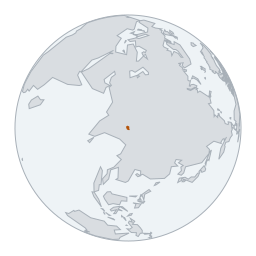 Lumbini highlighted on a globe, orthographic projection, rotated 64°
{"feature_id": "NPL-1127", "entity_name": "Lumbini", "entity_type": "Administrative Zone", "adm_level": 1, "iso_a3": "NPL", "parent_name": "Nepal", "parent_adm1": "", "projection": "orthographic", "projection_center": [83.543, 27.795], "detail": "fine", "context": "on_globe", "style": "filled", "palette": "amber", "viewbox_px": 256, "rotation_deg": 64, "n_neighbors": 0, "source": "natural_earth", "source_scale": "10m", "svg_char_len": 10861}
<svg xmlns="http://www.w3.org/2000/svg" viewBox="0 0 256 256"><g transform="rotate(64 128 128)"><circle cx="128" cy="128" r="113" fill="#eef3f6" stroke="#a8b0b8"/><path d="M164.4,21.4L170.4,24.7L175.5,27.1L171.9,25.8L183.6,31.6L188.9,35.7L181.0,30.4L178.7,29.3L181.3,31.6L179.5,31.1L179.7,32.0L177.3,31.3L172.9,28.6L171.2,28.2L173.2,29.8L172.0,30.4L169.4,28.0L167.1,28.9L159.2,25.2L154.1,20.6L147.8,19.1L137.3,16.3L136.3,16.5L131.7,15.9L128.9,16.1L127.7,15.8L126.4,16.2L128.0,16.4L128.0,16.7L126.4,16.9L124.7,16.5L125.2,16.4L123.9,16.4L123.7,16.1L123.0,16.4L121.1,16.0L120.7,16.7L117.2,16.7L116.6,16.5L119.7,16.0L124.5,15.4L132.7,15.5L140.7,16.1L148.8,17.3L156.7,19.1L164.4,21.4ZM110.3,16.8L111.5,16.6L108.0,17.2L103.4,18.1L101.8,18.4L110.3,16.8ZM99.2,19.1L98.6,19.3L94.4,20.5L99.2,19.1ZM179.5,29.1L177.9,28.0L180.1,29.3L179.5,29.1ZM180.2,32.2L181.2,32.8L180.9,33.0L180.2,32.2ZM113.3,16.3L112.5,16.5L112.5,16.4L113.3,16.3ZM115.1,16.1L115.8,16.0L116.8,15.9L116.3,16.0L115.1,16.1ZM177.0,32.3L176.1,32.7L176.2,31.8L177.0,32.3ZM114.0,16.3L118.3,15.8L119.9,15.7L119.5,15.9L114.0,16.3ZM175.1,32.7L173.2,34.0L175.3,35.2L168.2,32.9L172.2,32.3L172.0,30.9L173.4,32.1L175.1,32.7ZM129.2,16.4L127.4,16.2L130.3,16.3L129.2,16.4ZM131.0,16.5L140.0,16.9L141.8,17.6L138.4,17.2L141.9,18.2L138.4,18.3L135.7,17.8L135.2,17.2L134.2,17.7L131.0,16.5ZM164.5,31.5L163.4,31.6L163.7,31.0L164.5,31.5ZM128.2,16.9L129.8,16.8L131.5,17.4L128.5,17.6L128.9,17.4L128.2,16.9ZM144.5,18.5L145.2,19.1L142.6,19.3L142.5,19.6L138.5,18.4L144.5,18.5ZM127.8,17.3L127.0,17.8L124.8,17.8L126.7,17.0L127.8,17.3ZM133.2,17.5L133.8,17.8L132.5,17.7L133.2,17.5ZM116.5,18.2L118.4,17.9L119.5,18.2L116.5,18.2ZM126.8,18.0L127.6,18.0L128.2,18.1L127.2,18.5L126.8,18.0ZM136.9,18.7L135.6,18.7L138.4,19.2L136.6,19.5L134.2,18.7L134.4,19.2L133.8,19.3L132.5,18.5L136.9,18.7ZM128.1,19.2L124.5,18.5L120.7,18.9L119.6,18.7L125.9,18.1L128.1,19.2ZM130.8,18.8L128.9,19.0L128.6,18.5L129.7,18.1L130.8,18.8ZM136.1,20.1L139.6,19.8L140.0,20.0L136.1,20.1ZM127.1,19.4L128.0,19.5L126.8,19.4L127.1,19.4ZM133.4,19.9L134.6,19.7L135.0,20.0L133.4,19.9ZM128.8,20.1L127.6,19.8L128.4,19.5L128.8,20.1ZM131.0,20.1L131.3,20.5L129.3,19.6L131.4,19.9L131.0,20.1ZM133.6,20.2L134.3,20.2L133.1,20.2L133.6,20.2ZM126.8,21.6L124.2,20.5L125.7,19.8L128.1,20.8L126.8,21.6ZM22.4,88.9L22.5,88.6L25.2,82.0L36.6,70.2L36.2,73.8L41.9,79.0L42.1,80.8L38.4,85.2L40.2,97.3L44.4,94.7L49.2,103.0L54.3,105.8L61.5,97.1L53.2,92.1L54.8,86.5L63.9,86.4L71.6,91.2L72.5,89.2L70.1,82.5L74.5,80.3L69.6,80.0L69.7,82.6L66.6,82.6L66.4,80.3L67.9,79.5L66.3,77.5L59.3,82.3L58.6,85.4L52.9,83.1L51.2,88.2L48.7,89.3L50.6,81.1L52.4,78.9L53.9,68.9L51.5,71.0L50.0,80.6L49.3,79.2L46.0,82.6L48.0,78.9L50.3,68.3L46.9,66.3L37.9,71.7L36.8,70.3L38.0,66.4L45.8,58.0L47.3,62.1L50.1,59.6L53.7,54.3L53.8,56.1L55.5,54.6L56.5,56.1L61.6,54.4L63.2,55.7L68.9,51.7L70.5,52.0L66.7,54.2L64.8,56.6L69.2,60.4L71.1,60.1L74.5,57.3L75.2,58.9L77.9,55.8L82.2,56.9L79.3,53.1L83.1,50.2L87.7,49.3L88.5,47.8L81.0,49.3L78.5,50.6L77.2,52.8L69.9,56.4L67.6,55.9L73.2,49.9L70.6,48.7L76.1,44.9L93.0,42.3L98.1,43.3L98.8,50.8L95.5,52.0L93.6,49.8L92.0,54.5L93.7,52.8L94.4,54.3L98.2,52.4L98.9,53.3L101.5,49.9L102.7,50.9L101.0,53.1L107.8,51.5L111.3,53.2L112.5,52.5L112.8,51.1L117.1,54.5L117.8,53.8L116.7,52.4L117.4,50.1L120.3,47.6L121.6,48.9L120.7,50.0L120.9,54.4L118.4,57.4L119.2,57.7L121.7,55.4L121.5,50.0L122.9,48.1L123.4,50.5L123.3,49.5L124.4,49.0L126.7,49.8L126.3,47.2L136.5,41.1L142.0,42.4L141.4,45.0L149.9,43.2L155.4,45.5L154.4,44.1L157.8,42.8L156.1,42.0L155.8,41.2L163.7,38.2L166.6,38.7L168.8,36.5L168.3,35.9L166.3,35.3L168.2,32.9L175.3,35.2L176.2,36.5L180.1,37.4L181.5,40.2L184.4,43.3L183.7,46.4L186.1,48.8L187.3,48.9L191.6,52.5L195.9,60.1L186.8,53.4L179.3,43.4L181.9,47.2L179.6,46.3L179.6,47.8L181.5,50.7L182.8,51.0L177.5,56.6L179.0,65.5L182.9,64.2L186.4,66.3L191.5,76.9L188.1,93.3L192.8,97.6L193.8,100.8L191.3,103.4L189.8,98.7L186.3,97.6L185.9,94.8L181.4,97.9L180.5,93.9L177.4,98.6L179.8,101.4L184.0,99.9L181.8,106.0L187.5,110.7L189.3,117.3L183.6,130.3L176.0,135.1L175.8,137.3L172.2,135.4L168.3,140.0L175.7,150.9L175.8,154.2L169.0,161.4L168.7,159.0L159.2,153.9L158.0,161.9L165.3,167.7L167.8,174.9L162.5,173.1L159.9,166.8L156.5,164.8L157.0,157.9L153.4,147.8L148.0,150.1L148.0,145.9L142.2,137.4L134.3,140.3L121.9,151.1L120.9,161.6L116.3,165.9L109.2,150.3L108.1,139.7L104.2,140.3L98.0,130.5L83.3,127.2L82.4,124.2L79.4,124.8L75.2,120.8L74.3,115.9L71.2,115.2L73.9,128.2L77.3,129.0L81.9,125.6L81.9,129.9L86.1,134.7L77.0,142.7L57.3,145.4L57.4,137.3L53.1,111.6L54.4,109.4L54.4,109.2L54.5,108.6L52.0,111.9L51.9,107.0L52.0,124.1L51.1,130.7L57.0,145.8L55.9,146.6L58.4,150.1L68.9,150.6L68.5,153.1L62.3,163.2L49.5,173.6L52.4,184.3L53.6,192.3L48.3,194.3L51.5,200.7L49.2,201.1L50.8,204.3L50.5,206.3L49.0,206.9L43.4,202.2L40.9,199.0L34.8,190.6L25.4,172.2L24.5,166.4L23.1,160.3L19.3,143.7L20.0,137.3L19.6,133.2L18.3,131.8L18.0,126.9L17.5,125.4L15.7,119.0L15.9,116.5L17.3,107.1L19.5,97.9L22.4,88.9ZM29.4,78.2L28.3,79.9L28.3,80.0L29.4,78.2ZM77.6,101.6L83.7,104.1L84.6,97.0L87.0,97.5L86.5,95.0L84.7,96.5L83.8,89.9L87.8,89.1L88.9,86.2L86.9,85.3L79.9,87.9L81.0,97.2L78.1,99.2L77.6,101.6ZM63.6,45.7L62.7,47.2L60.5,48.5L58.5,47.7L61.7,45.8L63.6,45.7ZM61.9,49.3L68.0,44.0L69.5,44.6L67.6,45.1L68.0,46.0L65.1,47.1L60.5,53.2L58.2,54.8L55.8,51.9L57.9,51.8L58.7,50.2L61.9,49.3ZM81.1,32.1L83.7,30.6L83.4,33.7L81.0,34.8L78.9,33.9L80.5,32.0L81.1,32.1ZM112.3,17.2L113.4,16.9L113.9,17.0L113.4,17.2L112.3,17.2ZM117.3,18.1L108.3,18.6L109.0,18.3L102.9,19.4L102.4,19.0L106.4,18.2L101.4,18.9L104.9,18.1L101.3,18.7L110.2,17.0L113.1,16.5L110.1,17.2L110.4,17.5L111.5,17.5L116.5,17.3L122.9,16.7L124.3,17.2L123.5,17.7L122.2,17.9L121.7,17.5L120.3,18.1L118.6,17.6L117.3,18.1ZM114.2,27.5L114.2,26.2L111.0,28.7L109.3,27.7L109.1,28.1L106.6,27.9L103.2,28.5L102.9,27.9L101.7,28.4L100.0,28.4L98.3,28.9L97.1,28.1L94.8,28.7L95.5,28.0L92.0,29.4L94.1,28.1L92.2,28.2L91.2,29.4L88.9,25.4L86.4,25.2L83.1,25.9L87.1,23.9L92.7,22.2L98.5,21.1L100.4,21.8L101.9,21.0L103.2,21.1L101.5,21.7L104.9,20.9L105.6,21.2L110.7,21.2L115.3,20.1L117.3,20.2L115.8,20.8L118.8,20.5L117.4,21.7L118.8,21.9L118.8,23.4L115.1,24.7L117.0,24.8L117.1,26.2L114.2,27.5ZM126.7,22.0L122.7,23.4L119.8,23.6L121.0,20.9L119.9,20.6L120.6,19.2L124.8,18.9L124.2,19.3L124.6,19.7L123.2,19.6L124.6,19.9L123.9,20.6L124.8,21.0L123.3,21.3L126.7,22.0ZM44.2,80.0L44.7,80.9L45.9,81.8L43.9,84.1L44.2,80.0ZM45.7,72.7L46.4,73.0L44.1,76.4L43.6,75.5L45.7,72.7ZM48.8,70.5L46.6,72.8L47.5,71.1L48.8,70.5ZM67.5,54.4L68.6,54.7L67.9,55.5L66.4,56.2L67.5,54.4ZM104.4,35.8L104.9,34.7L105.7,34.7L108.6,32.7L110.1,33.5L108.9,34.9L104.4,35.8ZM59.0,97.9L56.4,98.9L56.1,97.6L57.0,97.5L59.0,97.9ZM48.9,91.3L50.3,94.0L48.3,91.9L48.9,91.3ZM106.6,36.3L107.6,35.3L107.7,36.3L106.6,36.3ZM111.4,33.9L111.8,34.9L110.7,33.3L111.4,33.9ZM109.2,236.4L111.3,237.1L109.4,236.9L109.2,236.4ZM68.7,196.6L67.3,208.3L63.1,206.8L60.5,202.6L59.8,195.0L64.2,194.3L65.8,191.2L68.7,196.6ZM192.4,186.8L195.1,186.4L195.0,186.9L192.4,186.8ZM189.6,186.0L192.8,185.3L188.9,187.1L189.6,186.0ZM194.0,185.1L197.3,183.3L198.7,182.2L198.4,183.2L194.0,185.1ZM187.3,186.5L174.7,188.7L169.6,188.3L170.9,186.5L179.2,185.6L187.3,186.5ZM170.5,186.5L162.5,182.8L150.8,169.7L155.0,169.7L167.1,177.1L166.3,178.6L171.2,181.8L170.5,186.5ZM189.4,174.6L188.5,179.1L181.7,180.1L178.5,180.0L176.3,174.7L177.6,171.6L180.2,171.3L189.9,159.4L193.3,161.1L190.5,166.0L193.3,169.2L189.4,174.6ZM121.4,162.7L124.3,168.9L121.8,169.8L121.4,162.7ZM193.3,151.4L189.7,156.8L192.9,150.0L193.3,151.4ZM194.9,145.3L195.4,147.5L193.6,145.7L194.9,145.3ZM176.1,140.5L173.3,141.5L173.0,139.8L176.4,137.7L176.1,140.5ZM190.6,122.9L191.4,127.7L191.2,129.5L189.5,126.8L190.6,122.9ZM120.9,43.3L115.1,44.9L111.9,47.1L111.7,49.5L109.5,47.0L114.4,43.7L120.9,43.3ZM134.5,41.1L134.6,39.3L136.2,39.8L136.4,40.3L134.5,41.1ZM133.4,40.2L130.5,38.5L131.7,37.3L133.7,38.9L133.4,40.2ZM118.3,36.9L116.5,37.2L116.5,36.4L118.3,36.9ZM201.8,213.1L202.8,212.2L203.9,211.2L201.8,213.1ZM209.5,205.7L205.8,209.4L206.1,209.0L204.1,210.9L202.5,211.9L203.8,209.3L201.7,211.2L204.8,207.9L201.2,211.3L201.5,209.7L199.1,210.2L180.2,220.7L176.7,221.1L178.9,218.7L178.3,212.8L179.5,212.6L180.3,208.0L192.3,200.9L201.3,190.2L206.4,188.9L211.2,181.2L216.0,179.4L213.7,185.1L217.7,185.8L222.9,173.1L222.8,183.0L224.0,184.8L221.4,190.8L210.7,204.5L209.5,205.7ZM236.3,157.3L236.6,156.4L236.5,156.7L236.3,157.3ZM199.1,185.4L203.1,181.0L205.1,180.1L199.1,185.4ZM236.3,156.5L235.8,157.1L235.9,156.4L236.3,156.5ZM236.5,154.9L236.6,154.1L236.6,155.7L236.5,154.9ZM235.8,154.3L236.3,155.0L235.7,154.6L235.8,154.3ZM235.4,155.1L234.9,155.0L235.0,154.7L235.4,155.1ZM228.0,163.0L230.0,166.4L228.0,167.9L225.8,166.3L223.4,170.8L218.2,173.1L219.7,170.5L219.2,167.8L213.4,169.2L212.2,167.7L214.4,165.5L210.3,165.5L214.8,162.8L216.5,166.2L219.0,161.9L222.9,160.7L226.3,160.1L228.8,161.4L228.0,163.0ZM214.5,171.8L215.2,171.5L214.5,173.0L214.5,171.8ZM234.1,154.0L234.7,155.1L234.6,155.7L234.2,155.8L234.1,154.0ZM229.4,160.2L232.2,154.9L232.7,154.4L230.8,159.6L229.4,160.2ZM231.7,153.2L232.8,152.7L233.2,154.1L233.0,154.8L231.7,153.2ZM205.4,171.5L205.1,172.7L203.9,172.2L205.4,171.5ZM207.0,170.3L210.6,170.3L206.6,171.4L207.0,170.3ZM195.2,169.7L196.4,172.2L200.1,169.4L197.3,172.7L199.6,176.5L198.7,178.4L196.4,174.2L195.3,179.4L193.6,179.7L192.9,175.7L194.7,170.1L196.3,167.5L202.9,164.7L195.2,169.7ZM207.0,167.0L206.0,164.1L206.7,161.7L207.8,163.1L207.0,167.0ZM202.8,157.2L199.8,154.2L197.4,156.4L202.1,149.7L204.2,153.6L202.8,157.2ZM199.9,149.6L197.6,151.5L199.8,147.7L199.9,149.6ZM196.9,150.4L196.4,147.8L198.3,147.7L196.9,150.4ZM201.1,149.3L201.1,144.7L202.3,147.1L201.1,149.3ZM194.9,142.0L199.5,145.3L193.9,144.8L192.5,136.1L194.8,135.3L194.9,142.0ZM200.0,102.9L198.8,100.5L200.5,99.4L200.9,101.3L200.0,102.9ZM205.0,94.2L200.6,98.3L196.9,101.9L198.6,102.7L198.8,107.2L195.6,103.9L197.3,98.3L200.4,96.3L199.7,92.6L201.3,89.5L199.2,85.3L199.5,83.1L202.3,86.4L205.0,94.2ZM198.2,83.6L195.2,76.1L198.9,76.1L200.4,77.7L200.2,81.1L198.3,80.9L198.2,83.6ZM195.6,74.4L193.6,74.2L185.2,64.7L184.3,62.7L192.7,69.5L191.4,69.8L192.8,72.3L195.6,74.4ZM164.3,32.2L163.5,31.6L164.7,31.9L164.3,32.2ZM154.8,40.9L154.7,39.9L156.2,40.2L154.8,40.9ZM155.2,37.5L153.6,37.9L154.7,37.0L155.2,37.5ZM150.1,38.8L152.7,37.7L151.0,39.6L150.1,38.8Z" fill="#d9dde1" stroke="#a8b0b8" stroke-width="1"/><path d="M128.7,128.7L128.6,128.8L128.2,128.7L127.9,128.6L127.7,128.6L127.7,128.8L127.4,128.8L127.3,128.7L127.1,128.7L126.9,128.6L126.6,128.6L126.5,128.3L126.5,128.2L126.8,128.0L126.7,128.0L126.6,127.9L126.8,127.8L127.0,127.7L127.1,127.4L127.1,127.2L127.3,127.1L127.5,127.2L127.7,127.3L127.8,127.3L128.0,127.4L128.0,127.5L127.9,127.7L127.9,127.8L127.9,127.7L128.0,127.7L128.1,127.8L128.3,127.8L128.5,127.8L128.8,127.8L129.0,127.9L129.3,127.9L129.3,128.0L129.5,128.0L129.4,128.2L129.3,128.3L129.2,128.3L129.0,128.5L128.9,128.5L128.7,128.5L128.7,128.7Z" fill="#f59e0b" stroke="#b45309" stroke-width="1.5"/></g></svg>